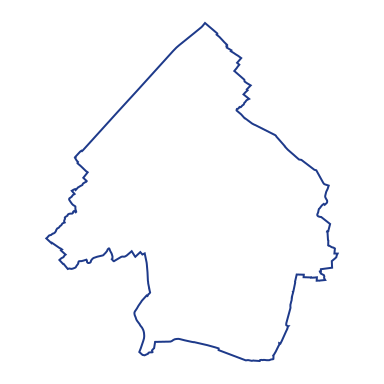 Teylingen, Zuid-Holland, Netherlands
{"feature_id": "6326949B97280521048387", "entity_name": "Teylingen", "entity_type": "district", "adm_level": 2, "iso_a3": "NLD", "parent_name": "Netherlands", "parent_adm1": "Zuid-Holland", "projection": "albers", "projection_center": [4.511, 52.217], "detail": "fine", "context": "isolated", "style": "outline", "palette": "blue", "viewbox_px": 384, "rotation_deg": 0, "n_neighbors": 0, "source": "geoboundaries", "source_scale": "gbopen_adm2", "svg_char_len": 5787}
<svg xmlns="http://www.w3.org/2000/svg" viewBox="0 0 384 384"><path d="M316.3,170.3L314.4,169.8L301.4,159.9L299.0,159.5L287.8,149.7L284.9,146.6L285.0,146.4L276.3,136.5L275.9,135.7L275.3,135.2L255.1,125.0L254.5,124.8L252.2,123.6L244.5,117.9L244.4,118.0L241.2,114.4L236.6,110.5L236.6,110.2L236.6,109.9L236.8,109.2L237.0,108.9L237.8,108.8L238.2,108.6L238.7,108.2L239.4,107.1L239.6,107.0L239.8,106.9L240.6,107.2L241.0,107.0L242.2,105.6L243.6,104.6L244.1,103.7L244.3,102.9L244.5,102.6L245.2,102.1L246.3,100.5L247.1,99.9L249.1,98.9L243.5,94.4L245.4,92.3L247.6,90.3L246.8,89.4L250.7,85.4L247.0,83.2L244.7,81.6L244.5,81.3L244.4,79.9L244.1,79.5L234.3,71.0L237.0,67.7L237.5,66.9L239.3,64.7L237.1,62.8L241.2,58.1L238.1,55.8L235.8,54.4L233.6,52.9L230.8,51.2L231.4,50.3L227.1,47.8L227.2,47.7L226.5,46.6L227.2,46.0L226.5,45.1L226.9,44.7L224.3,42.2L219.5,37.0L216.8,34.8L217.1,34.6L217.3,34.3L217.3,33.5L205.0,23.0L202.4,26.2L201.5,27.1L194.8,32.6L179.3,45.1L176.4,47.6L173.1,51.0L137.4,90.4L117.7,111.9L82.9,150.3L82.0,151.1L81.9,151.0L81.8,150.7L81.6,150.6L80.1,151.7L75.4,156.8L75.7,157.2L75.6,157.4L75.5,157.5L75.0,157.8L76.7,160.6L78.0,162.0L77.5,162.8L77.5,163.0L77.5,163.3L80.8,166.1L86.2,171.3L87.2,171.9L87.7,172.3L83.3,177.8L86.7,181.1L86.2,181.8L85.0,182.3L83.1,183.5L82.8,183.9L82.4,184.9L82.2,185.1L80.4,186.0L79.0,186.9L77.9,187.5L77.3,188.3L76.2,189.4L75.7,190.0L75.1,189.1L73.6,189.7L71.8,190.8L74.6,194.0L72.8,195.1L71.6,196.8L69.5,198.3L69.2,198.9L69.1,199.1L69.2,199.5L69.4,200.1L71.0,202.5L72.1,204.0L73.0,204.9L74.9,206.1L75.3,206.4L75.4,206.7L75.4,207.4L75.4,208.6L75.4,209.1L75.5,209.5L75.9,210.6L76.0,211.1L76.2,211.8L76.0,212.0L75.7,212.3L74.3,211.1L74.1,211.0L73.2,211.7L73.1,212.0L73.0,212.8L72.3,213.5L71.9,213.6L70.6,213.6L69.2,213.8L68.6,214.1L67.8,214.6L67.5,215.6L67.3,215.8L65.3,217.0L64.8,217.7L64.8,218.0L65.0,218.6L65.0,218.8L64.4,220.1L64.1,221.1L64.2,221.6L64.7,222.5L63.1,223.1L62.3,223.6L61.3,225.2L59.8,226.3L59.1,227.4L58.9,227.6L59.0,227.6L57.2,228.5L56.3,229.9L55.8,231.3L55.1,232.3L54.5,232.9L53.5,233.5L52.6,233.7L51.0,235.0L50.0,235.2L49.1,235.5L48.8,235.8L47.4,237.4L46.3,238.4L51.5,243.2L51.8,242.7L60.1,248.4L60.5,248.4L61.9,249.4L61.5,249.6L60.9,250.4L65.6,254.6L64.9,255.1L64.4,255.7L63.6,256.9L63.4,257.2L63.0,257.4L61.6,258.1L60.8,258.7L59.4,260.0L63.1,264.0L63.6,263.9L67.8,269.0L69.1,268.5L71.5,268.9L72.8,268.6L74.7,267.9L75.6,267.4L75.9,267.0L76.5,265.9L78.0,263.9L78.2,263.6L78.3,262.5L78.7,261.5L78.8,261.4L79.3,261.2L81.5,261.1L83.5,260.6L86.4,259.7L86.6,260.0L86.8,260.3L86.9,260.7L87.0,261.9L87.4,262.5L87.9,262.9L88.3,263.0L88.9,263.0L89.9,262.7L90.1,262.6L90.7,262.0L90.8,261.8L91.1,260.5L92.4,258.9L93.5,258.0L97.3,256.7L102.9,255.4L103.6,254.9L104.1,254.3L105.7,252.7L107.1,250.9L107.7,249.4L108.5,248.6L108.9,248.4L109.2,248.5L109.5,249.0L110.2,251.0L111.6,253.5L112.4,256.1L112.5,256.6L112.4,258.4L112.4,258.6L111.8,259.2L113.3,260.9L113.9,261.2L117.6,259.0L121.2,256.9L122.1,256.6L123.1,256.6L123.5,256.7L124.1,256.7L125.2,256.4L126.7,255.5L131.7,251.2L135.0,256.5L135.3,256.8L140.3,252.1L142.4,254.5L144.7,253.4L146.6,262.5L146.8,264.1L147.5,272.3L147.9,280.8L148.1,281.8L148.2,283.4L149.3,288.8L149.2,288.8L150.1,292.5L149.8,293.0L149.4,293.5L148.3,294.4L147.5,296.0L147.3,296.1L146.6,295.5L141.9,300.7L141.0,302.1L138.5,305.7L136.9,308.5L135.0,311.3L134.6,312.1L134.4,313.0L134.5,314.1L134.8,315.4L135.7,317.5L136.2,319.1L136.5,319.8L137.3,321.1L139.5,324.0L140.1,325.1L140.3,325.5L142.0,327.6L143.1,329.7L143.6,331.1L144.0,332.9L144.2,335.5L144.2,336.5L144.0,338.3L143.3,340.8L140.8,348.2L139.3,352.0L142.5,354.9L144.6,355.3L147.9,353.8L148.1,353.6L148.6,352.7L150.2,352.3L152.2,352.3L152.5,352.1L152.0,350.4L153.8,348.4L154.1,348.2L155.1,341.9L170.3,341.6L171.2,341.3L171.9,341.0L173.3,340.0L174.7,339.3L176.3,339.0L177.5,338.9L178.8,338.9L180.3,339.2L184.6,340.3L191.9,341.9L193.8,342.2L194.0,342.1L207.5,345.2L215.4,347.4L218.6,348.4L218.7,349.1L218.6,350.1L245.6,360.3L246.3,360.3L247.8,360.1L248.3,360.1L251.6,360.8L252.0,360.8L253.4,360.5L254.3,360.7L255.3,360.7L259.7,361.0L259.9,360.9L260.0,360.7L260.1,360.1L260.4,360.0L261.8,359.9L262.8,360.1L263.7,359.9L264.1,359.9L266.8,360.2L269.2,360.2L271.0,359.5L273.0,359.2L273.4,358.9L273.5,355.8L273.2,355.6L273.3,355.4L273.8,354.9L275.7,351.7L278.5,346.0L279.5,344.3L279.2,343.7L279.2,343.1L280.4,343.6L280.8,342.8L281.8,340.9L286.2,331.1L287.3,328.9L287.2,328.8L287.9,326.8L288.4,326.2L287.8,326.2L286.3,325.2L286.2,324.6L286.3,323.2L290.5,307.8L290.4,307.1L290.4,304.8L290.8,303.3L291.2,301.6L291.5,300.7L291.6,300.2L291.8,298.7L291.7,298.8L291.7,298.5L291.9,296.8L293.0,292.9L293.0,292.4L292.9,291.8L293.3,291.7L295.2,282.5L295.0,281.9L296.7,274.5L303.8,274.7L303.6,277.2L309.7,277.4L311.0,277.3L311.0,277.7L314.1,277.6L316.9,277.3L316.7,280.7L318.6,280.6L319.3,280.7L320.2,280.5L325.2,280.0L324.8,279.3L324.2,278.3L324.1,277.4L324.3,276.6L324.2,276.1L323.9,275.2L320.8,273.5L320.8,272.6L320.3,272.4L319.9,271.8L319.8,271.4L320.0,271.3L320.9,271.2L320.9,269.2L332.1,267.7L331.8,261.1L335.3,258.2L336.3,257.2L336.7,255.5L337.6,253.6L334.4,253.5L334.9,248.5L333.6,247.7L331.8,247.2L329.2,245.7L328.8,245.8L328.2,245.4L328.3,240.4L328.0,240.1L327.5,232.0L327.8,231.7L327.6,231.6L327.2,231.8L327.0,231.7L327.2,231.2L327.5,231.0L328.1,230.8L328.3,230.9L330.1,224.0L321.2,217.0L320.1,216.9L319.0,216.6L318.4,216.4L317.7,215.9L317.5,215.5L317.3,215.2L317.3,214.7L317.3,214.4L317.6,213.6L318.1,212.5L318.6,210.1L318.9,209.0L319.6,208.4L321.8,205.5L323.1,204.4L323.8,203.9L324.7,204.8L326.7,203.0L326.8,202.8L327.1,202.2L327.2,201.3L327.1,200.6L327.0,200.3L325.9,198.5L325.3,197.2L325.2,196.8L325.2,195.9L326.0,192.6L326.3,191.6L327.5,189.2L328.0,187.8L328.7,185.6L325.0,184.4L324.3,184.1L323.7,183.5L323.1,182.6L316.3,170.3Z" fill="none" stroke="#1e3a8a" stroke-width="2"/></svg>